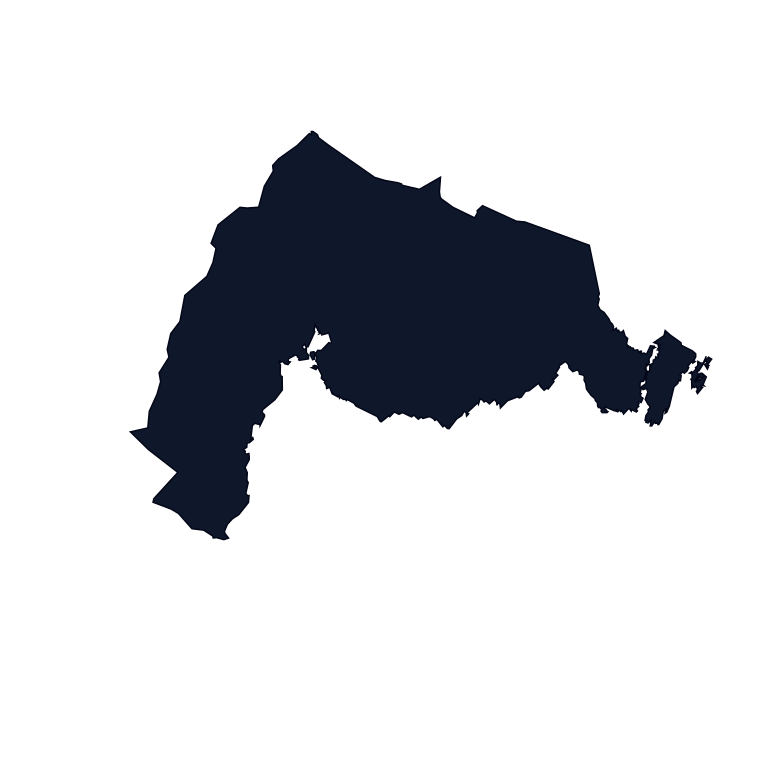 Eide nor, Møre og Romsdal, Norway, rotated 134°
{"feature_id": "86288312B27071382350329", "entity_name": "Eide nor", "entity_type": "district", "adm_level": 2, "iso_a3": "NOR", "parent_name": "Norway", "parent_adm1": "Møre og Romsdal", "projection": "orthographic", "projection_center": [7.322, 62.931], "detail": "fine", "context": "isolated", "style": "filled", "palette": "ink", "viewbox_px": 768, "rotation_deg": 134, "n_neighbors": 0, "source": "geoboundaries", "source_scale": "gbopen_adm2", "svg_char_len": 6173}
<svg xmlns="http://www.w3.org/2000/svg" viewBox="0 0 768 768"><g transform="rotate(134 384 384)"><path d="M602.8,388.8L602.0,394.5L600.9,396.4L593.7,399.2L586.2,399.4L578.7,397.7L563.4,399.2L558.0,403.6L559.1,404.5L558.7,407.4L549.2,413.2L549.0,414.0L549.5,414.1L547.7,416.5L542.8,420.7L540.5,426.0L532.0,428.4L530.3,430.1L527.9,432.9L530.5,434.6L530.0,436.5L528.7,437.0L529.0,439.6L524.8,438.8L521.4,441.6L519.9,440.1L514.6,439.6L513.7,441.3L516.1,441.6L505.4,449.8L502.0,449.6L499.4,445.0L500.1,444.2L490.1,447.5L489.1,448.8L489.1,452.1L486.5,453.4L471.3,451.6L458.9,453.0L449.4,462.4L449.9,463.5L448.7,465.9L442.2,471.8L441.1,475.3L440.1,475.2L440.9,473.9L438.0,472.4L438.4,469.6L436.8,466.6L433.2,466.8L434.3,468.6L432.3,470.3L424.5,467.8L423.8,465.4L424.6,465.1L424.4,462.8L425.9,462.2L425.6,461.2L418.4,455.8L415.8,458.1L415.3,461.7L412.4,464.5L415.1,465.9L413.7,469.0L410.4,468.5L411.7,465.7L409.9,464.5L394.4,470.1L394.0,471.5L389.0,475.0L390.5,471.4L389.9,470.3L391.4,469.2L391.1,467.4L391.8,467.1L390.9,466.6L391.1,465.8L392.9,465.5L391.7,464.9L391.3,463.6L391.9,462.9L385.7,459.1L390.5,450.6L391.6,450.4L392.5,452.4L403.5,452.4L405.9,455.1L409.3,454.2L409.5,456.9L412.1,458.8L414.3,457.5L416.1,452.2L414.6,451.4L411.0,454.3L411.4,451.1L414.9,449.0L414.8,446.8L415.9,445.6L415.8,444.3L417.1,443.6L418.9,447.0L420.3,447.4L420.3,445.9L422.5,447.3L420.9,443.0L417.9,443.3L420.9,434.7L423.4,433.1L423.3,430.2L422.1,428.1L424.3,428.0L425.3,424.3L427.1,422.1L424.1,420.7L426.9,414.8L425.4,414.1L426.9,414.1L425.3,408.3L423.8,408.3L425.2,406.1L423.8,406.1L423.3,402.5L421.8,401.1L422.1,399.6L420.7,399.7L418.7,392.4L419.3,388.8L412.1,366.3L413.5,361.2L413.1,359.7L403.6,358.5L403.5,357.1L397.0,357.2L395.4,352.2L391.7,350.8L388.6,341.4L385.6,340.8L385.5,334.9L381.8,334.3L381.8,332.1L375.8,328.6L374.6,324.3L374.9,322.1L372.7,321.4L373.9,311.9L371.8,311.9L372.0,307.6L370.9,306.1L358.5,307.5L352.7,306.2L347.6,307.5L347.8,304.8L349.7,302.3L346.7,302.4L347.3,304.3L332.2,303.5L332.9,302.0L326.8,305.3L327.9,303.9L327.1,302.4L327.4,299.5L325.2,298.8L325.1,294.4L318.5,293.9L318.8,290.2L320.9,288.0L318.4,288.8L317.9,286.7L320.4,283.6L310.2,283.5L301.4,279.4L299.9,278.3L300.2,277.2L298.1,276.1L291.0,277.2L288.1,275.0L276.1,273.3L277.1,269.6L277.3,264.5L273.7,263.9L273.6,262.4L264.2,263.4L263.5,266.3L262.8,266.3L262.8,264.9L256.9,265.0L257.0,267.9L250.1,269.4L249.8,270.7L242.5,269.3L241.7,268.3L242.0,264.7L243.8,262.1L244.0,256.8L239.5,254.7L239.6,252.2L241.2,250.2L239.4,247.3L239.3,245.1L242.2,242.8L243.5,239.3L247.0,234.8L248.3,227.3L248.0,222.1L249.1,220.4L249.2,217.6L251.8,214.5L251.8,213.0L250.8,212.1L251.2,209.8L252.8,209.0L253.1,207.2L249.7,203.7L248.3,203.7L248.7,205.8L248.0,206.9L248.8,208.7L246.8,209.0L243.1,199.4L240.9,198.7L242.3,198.0L241.5,196.5L239.3,196.6L239.3,194.4L237.8,194.4L239.2,190.8L231.2,191.0L231.8,187.3L230.4,188.1L228.8,183.0L227.3,183.0L226.7,185.3L223.0,185.3L223.1,186.8L220.9,186.9L220.9,188.3L219.5,188.4L218.7,186.2L214.3,187.8L214.8,189.9L213.7,192.2L212.3,192.2L212.3,193.7L208.4,195.9L207.8,196.7L209.1,197.3L205.4,200.4L203.4,200.9L202.1,199.4L192.9,203.7L191.2,205.9L192.1,205.9L191.7,207.2L188.0,207.5L187.9,209.2L186.4,207.1L185.7,207.7L186.5,208.3L184.3,208.1L181.8,210.9L177.2,211.7L171.9,215.2L169.3,214.3L169.7,215.2L169.1,215.8L171.4,218.9L180.1,215.9L181.2,218.6L183.6,219.8L182.1,221.2L183.1,221.7L182.1,222.2L184.1,223.2L183.2,225.3L186.1,227.4L185.1,229.5L186.6,231.6L186.1,232.5L188.8,234.7L187.7,235.6L186.5,233.8L187.1,235.9L186.5,237.5L182.0,240.3L182.1,243.7L179.3,248.9L181.6,249.0L183.1,250.7L182.3,252.5L183.7,253.1L182.5,255.7L186.7,256.8L183.4,258.6L182.3,261.3L182.2,264.6L181.0,267.4L179.6,275.4L180.5,280.1L178.8,285.0L173.3,288.3L172.5,290.6L169.6,291.7L141.6,332.7L169.5,395.1L175.0,402.0L187.3,437.0L194.6,437.4L195.9,435.7L201.5,434.2L209.0,457.1L211.0,471.4L210.5,473.5L207.3,477.6L196.0,487.0L219.4,493.8L228.5,509.1L227.9,510.4L229.6,513.8L236.8,524.5L241.9,534.3L250.8,590.1L252.3,602.2L250.9,605.0L251.7,610.5L252.9,611.7L255.0,609.4L255.8,611.7L272.9,612.1L295.2,616.2L304.1,615.9L307.8,611.5L324.8,607.5L343.9,597.0L352.5,604.7L356.9,610.3L384.8,613.9L402.9,606.1L403.0,599.1L415.5,591.4L429.6,586.2L458.6,588.8L480.8,574.2L495.9,572.4L509.7,564.0L514.1,557.3L532.2,553.5L537.5,546.3L549.1,540.1L566.6,533.9L579.7,523.4L594.6,533.2L594.8,508.0L590.8,470.9L626.4,469.9L629.5,468.0L621.9,450.4L619.9,442.0L621.5,421.6L614.4,412.2L612.3,401.5L613.4,399.9L610.8,397.7L607.2,391.1L602.8,388.8ZM166.7,218.7L165.6,216.0L164.5,215.8L166.0,213.1L164.3,212.3L167.6,211.7L166.6,211.3L167.1,210.1L169.3,210.6L168.5,209.5L171.6,206.9L172.5,207.9L174.4,204.9L175.6,207.4L177.5,206.1L179.8,206.9L182.0,204.8L184.9,205.9L185.9,204.5L185.8,205.7L190.5,201.6L191.6,203.2L199.1,199.1L197.8,199.0L201.9,195.9L207.3,196.9L208.1,193.8L204.8,192.1L206.5,188.6L213.5,185.5L215.1,180.4L215.3,177.6L216.3,176.1L219.0,176.2L220.5,174.4L224.6,173.7L228.8,170.9L228.0,170.2L229.6,169.0L228.6,167.0L224.5,166.6L229.2,163.4L228.2,162.3L222.9,163.2L223.8,161.5L222.3,160.1L222.9,158.7L222.2,158.2L215.8,159.9L210.1,163.8L204.9,164.4L209.8,161.5L208.0,161.0L202.0,163.2L184.7,173.4L179.5,173.1L175.7,175.0L176.7,173.8L175.8,173.0L171.6,176.0L172.0,177.4L167.7,177.6L167.6,175.4L164.0,175.1L160.4,176.3L160.4,177.8L155.3,178.2L153.8,177.9L154.5,176.4L151.7,175.8L152.4,177.2L147.8,178.7L145.7,180.9L146.0,185.4L149.6,197.0L148.0,199.1L149.9,211.8L150.2,218.9L154.7,216.2L166.7,218.7ZM149.7,173.9L152.9,171.0L155.9,171.3L156.1,170.1L161.6,169.7L161.3,171.2L163.9,171.8L162.7,169.7L165.9,166.3L167.4,166.6L167.7,165.2L173.0,159.8L171.1,159.9L171.1,158.4L168.9,157.7L169.9,154.8L172.4,154.0L173.1,151.8L165.1,152.5L165.9,154.6L164.4,154.7L162.9,152.5L162.9,154.0L155.0,157.1L155.1,159.3L157.3,159.2L155.1,160.8L155.5,162.9L156.7,164.0L159.6,163.6L159.4,159.2L163.1,159.8L161.0,161.3L161.0,162.8L166.0,161.2L166.1,162.7L158.8,164.3L157.5,167.6L156.3,167.8L156.0,166.6L143.7,169.1L144.3,166.2L147.3,166.8L148.6,161.7L146.4,162.5L146.5,163.9L145.0,163.2L145.0,164.7L138.5,165.6L139.3,169.2L142.2,169.1L142.3,170.6L140.1,171.5L147.1,168.9L149.0,170.7L149.7,173.9Z" fill="#0f172a" stroke="#020617" stroke-width="1.5"/></g></svg>